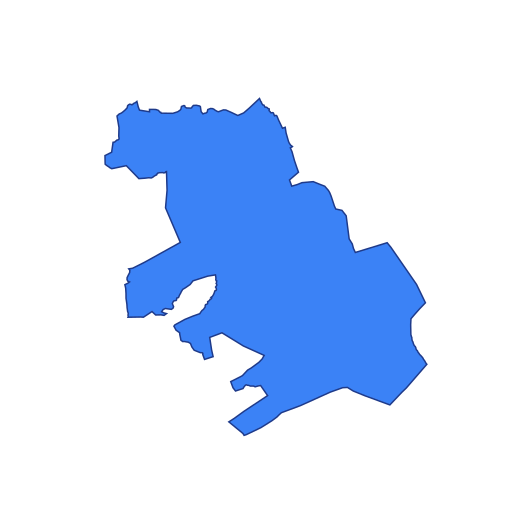 the district of Maradun, Zamfara, Nigeria, rotated 159°
{"feature_id": "59680162B87372052025364", "entity_name": "Maradun", "entity_type": "district", "adm_level": 2, "iso_a3": "NGA", "parent_name": "Nigeria", "parent_adm1": "Zamfara", "projection": "mercator", "projection_center": [6.33, 12.717], "detail": "fine", "context": "isolated", "style": "filled", "palette": "blue", "viewbox_px": 512, "rotation_deg": 159, "n_neighbors": 0, "source": "geoboundaries", "source_scale": "gbopen_adm2", "svg_char_len": 4822}
<svg xmlns="http://www.w3.org/2000/svg" viewBox="0 0 512 512"><g transform="rotate(159 256 256)"><path d="M164.7,278.8L164.4,285.0L164.5,288.8L164.9,291.2L166.8,296.5L171.0,300.3L175.7,304.7L175.9,304.9L186.8,308.0L191.9,307.9L197.6,308.4L197.5,315.0L186.3,319.0L186.2,323.8L185.9,331.3L185.0,340.4L185.2,344.7L182.9,345.0L182.7,345.1L184.0,347.2L184.5,349.5L184.6,351.3L183.8,360.2L182.6,365.7L185.5,365.8L186.2,374.8L186.3,379.3L186.9,380.1L188.5,380.3L188.5,382.6L188.5,383.3L188.8,383.7L189.1,383.9L189.8,384.1L190.7,384.3L191.0,384.8L191.1,385.7L191.5,386.5L191.7,387.1L191.4,387.6L191.1,388.1L191.0,388.7L192.0,389.5L192.3,390.2L192.5,390.7L193.2,391.3L194.3,391.8L194.5,394.0L195.5,394.6L195.8,395.8L196.0,396.7L195.8,397.8L196.2,398.5L196.2,399.5L196.3,401.8L209.3,396.5L216.2,394.0L222.6,393.7L225.4,396.6L227.4,398.7L231.8,403.1L234.1,404.1L236.9,404.1L239.3,404.1L240.5,405.0L242.2,407.2L242.8,408.3L244.0,409.3L245.6,410.0L248.5,410.0L249.9,408.0L250.6,407.6L251.6,407.4L252.7,407.7L254.6,407.7L255.5,410.3L254.9,413.2L254.4,415.3L254.8,416.2L257.7,418.1L260.5,419.0L262.0,418.3L263.0,417.4L264.1,417.5L266.1,418.4L267.8,419.1L268.8,420.4L268.7,421.7L269.3,422.3L270.5,422.3L272.0,422.3L273.5,420.0L274.5,419.4L277.3,418.7L282.5,419.0L293.3,423.3L293.4,424.3L293.7,424.4L294.1,424.7L294.2,424.9L294.4,425.4L294.6,425.9L294.7,426.3L294.8,426.8L296.9,428.6L299.4,429.7L302.9,431.0L303.7,428.8L312.5,433.9L312.5,437.4L311.8,443.0L313.9,442.3L315.0,442.4L316.3,441.9L317.1,441.9L317.5,441.6L317.8,441.7L318.5,442.4L319.5,443.0L320.9,442.8L322.0,442.3L323.2,440.5L325.9,439.2L328.4,438.3L330.4,437.7L332.9,437.6L335.6,436.5L337.9,425.0L341.2,417.0L341.8,414.4L343.4,413.8L344.2,414.1L345.9,413.5L347.2,413.0L348.7,413.4L353.6,404.6L361.0,403.9L363.6,396.7L363.9,395.6L362.4,393.2L361.5,392.1L361.1,391.2L359.4,389.2L344.7,386.8L342.6,381.9L337.6,370.2L332.0,368.5L328.1,367.5L325.8,366.4L324.2,366.5L322.6,367.0L320.9,367.3L319.8,367.3L319.5,367.9L318.5,368.1L318.0,368.6L316.4,368.4L313.4,367.4L312.3,366.6L311.1,366.4L310.0,367.0L309.3,366.9L315.5,349.2L323.2,333.4L321.8,295.8L362.3,290.1L375.6,288.8L379.4,289.6L378.9,287.8L379.9,285.8L382.3,283.7L384.1,282.0L384.9,280.1L384.7,278.4L383.4,277.1L385.6,276.5L388.7,276.2L389.0,273.9L389.3,272.3L390.8,267.6L392.5,263.1L393.8,257.3L394.9,253.8L395.1,252.9L395.8,249.9L395.7,249.3L395.8,248.3L396.6,246.8L396.9,245.9L396.9,245.2L397.4,244.7L385.6,240.4L383.0,239.2L373.0,241.4L370.8,236.9L365.8,235.1L363.1,233.5L360.2,234.3L362.4,235.9L364.1,237.8L361.9,239.3L359.5,239.5L354.1,236.5L352.2,237.0L351.1,238.2L351.2,241.5L350.1,242.7L349.3,243.2L348.4,243.6L347.6,243.3L346.6,243.1L346.0,243.4L345.1,245.1L343.2,245.0L342.1,246.2L341.1,247.2L339.8,248.2L338.7,249.3L336.4,251.1L333.4,251.6L327.7,253.0L323.7,255.4L308.3,254.5L300.6,252.9L301.3,249.8L302.0,248.4L302.1,247.3L301.6,246.9L301.8,246.5L302.5,245.1L303.1,244.6L302.8,243.6L303.0,242.8L303.8,242.2L304.9,241.5L304.8,241.0L304.7,239.9L305.0,238.7L305.6,238.2L306.9,238.2L307.7,237.2L308.6,236.1L310.1,234.7L311.3,233.9L312.6,233.6L312.9,233.5L312.4,232.8L312.7,232.3L313.4,232.0L314.3,232.1L314.8,231.6L315.9,231.0L317.5,230.7L317.8,229.7L318.3,228.8L319.4,228.6L320.5,228.7L321.2,227.9L321.7,226.8L322.2,226.2L323.1,225.8L323.6,225.3L324.5,224.9L325.9,224.5L327.5,223.5L328.4,222.9L329.0,222.3L336.5,222.5L345.1,222.3L356.3,220.8L357.8,219.9L357.2,215.3L354.8,211.8L355.3,210.0L355.9,206.3L356.3,204.3L355.1,202.4L353.2,201.7L352.0,200.9L350.1,199.8L348.5,197.8L348.5,194.2L347.5,190.2L344.8,187.7L342.6,185.7L340.8,184.9L340.5,184.2L341.0,183.1L341.1,177.9L332.1,177.4L331.1,184.3L328.4,196.6L315.3,196.5L301.6,178.6L300.1,176.6L284.0,160.3L287.1,157.7L291.4,155.7L300.5,153.2L304.7,152.5L311.5,149.2L313.5,148.9L322.5,148.0L324.6,147.8L324.7,141.2L323.5,137.3L315.6,136.9L314.7,137.7L313.4,138.5L312.1,139.2L311.0,139.1L310.6,138.6L310.0,138.2L309.2,137.9L308.8,137.5L307.9,136.6L306.9,136.2L306.1,135.9L304.8,135.4L303.7,134.2L300.6,133.9L298.1,133.4L295.2,121.5L323.0,115.3L334.5,112.2L340.8,110.9L331.8,95.0L331.4,92.8L329.1,92.7L313.0,94.0L300.2,96.5L294.1,98.2L291.5,99.4L288.4,100.6L268.1,100.4L235.6,102.3L222.3,102.0L217.7,100.5L213.6,95.1L204.2,86.3L184.4,69.0L168.9,76.4L163.0,78.9L135.3,93.7L135.7,94.9L135.9,96.1L136.1,97.7L136.7,99.8L136.7,100.5L136.9,101.5L137.4,102.9L137.9,104.2L138.5,105.4L138.8,106.9L139.2,108.1L139.3,109.7L139.8,110.8L139.9,112.2L139.7,112.9L139.7,113.6L139.8,114.5L140.2,115.2L140.4,115.8L140.4,116.9L140.5,117.3L140.3,119.7L140.4,120.2L140.5,121.3L140.0,123.4L139.7,124.2L139.8,124.8L139.6,127.1L136.2,136.5L133.8,141.9L129.2,144.4L122.3,148.0L114.6,151.6L116.3,171.9L126.9,215.6L128.8,221.4L162.0,223.7L162.3,228.0L161.8,232.8L162.9,238.6L157.4,261.2L159.4,267.8L164.7,271.3L164.9,274.5L164.7,278.8Z" fill="#3b82f6" stroke="#1e3a8a" stroke-width="1.5"/></g></svg>